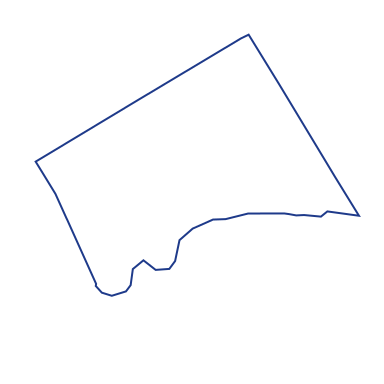 the district of Morgan, Alabama, United States of America, rotated 148°
{"feature_id": "52423323B17424718364121", "entity_name": "Morgan", "entity_type": "district", "adm_level": 2, "iso_a3": "USA", "parent_name": "United States of America", "parent_adm1": "Alabama", "projection": "mercator", "projection_center": [-86.8, 34.495], "detail": "fine", "context": "isolated", "style": "outline", "palette": "blue", "viewbox_px": 384, "rotation_deg": 148, "n_neighbors": 0, "source": "geoboundaries", "source_scale": "gbopen_adm2", "svg_char_len": 589}
<svg xmlns="http://www.w3.org/2000/svg" viewBox="0 0 384 384"><g transform="rotate(148 192 192)"><path d="M308.5,300.6L308.6,285.2L308.8,262.8L312.4,236.1L312.5,234.9L322.0,164.9L323.4,163.3L321.8,154.4L315.0,146.5L300.7,142.7L293.4,145.5L283.0,158.0L269.4,159.8L264.1,145.2L252.0,138.8L242.9,142.4L228.1,157.8L210.8,160.6L188.8,157.5L177.9,151.2L155.8,144.0L125.1,124.9L121.5,121.9L116.0,116.9L109.2,113.1L95.7,102.8L87.5,103.8L63.0,83.4L62.7,129.3L62.4,147.1L61.0,237.4L60.6,295.4L69.1,296.3L188.0,298.6L199.3,298.8L308.5,300.6Z" fill="none" stroke="#1e3a8a" stroke-width="2"/></g></svg>